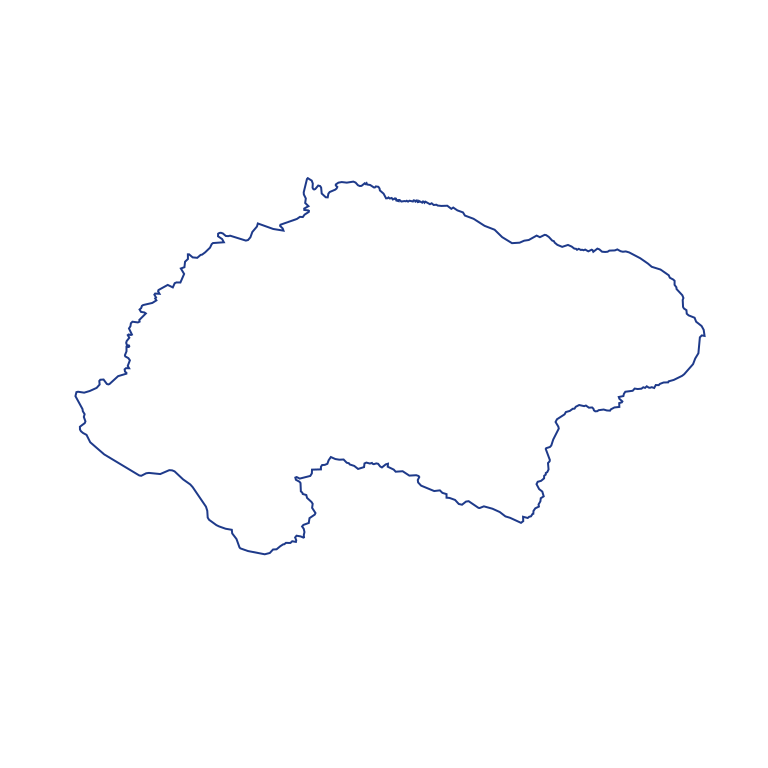 Na Haeo, Loei, Thailand, rotated 288°
{"feature_id": "78962969B63665191802101", "entity_name": "Na Haeo", "entity_type": "district", "adm_level": 2, "iso_a3": "THA", "parent_name": "Thailand", "parent_adm1": "Loei", "projection": "equal_earth", "projection_center": [100.996, 17.436], "detail": "fine", "context": "isolated", "style": "outline", "palette": "blue", "viewbox_px": 768, "rotation_deg": 288, "n_neighbors": 0, "source": "geoboundaries", "source_scale": "gbopen_adm2", "svg_char_len": 6163}
<svg xmlns="http://www.w3.org/2000/svg" viewBox="0 0 768 768"><g transform="rotate(288 384 384)"><path d="M185.2,323.2L188.0,327.6L192.3,329.6L193.6,332.9L197.7,335.5L200.4,337.7L200.8,338.7L202.6,339.8L203.9,344.1L206.1,345.3L206.6,349.0L208.3,348.8L210.6,346.9L212.7,347.7L213.3,351.9L213.0,354.8L213.5,355.3L215.4,354.4L218.6,354.1L221.5,352.4L223.2,350.1L225.1,350.9L228.6,355.4L233.4,354.6L238.4,358.5L240.1,358.7L244.0,353.9L248.0,353.2L249.4,351.5L251.9,346.0L254.4,344.4L254.3,340.7L255.4,339.9L256.2,338.1L264.0,335.2L264.9,333.9L265.7,329.8L267.6,328.6L268.5,329.7L268.0,333.1L273.8,342.3L276.7,343.0L280.3,342.0L283.3,350.4L285.8,349.6L287.8,350.2L288.8,352.7L290.6,354.8L294.3,354.9L298.1,356.0L297.6,360.9L298.2,364.9L299.7,368.9L297.6,372.9L297.8,375.0L296.9,376.3L296.9,381.0L295.2,385.6L298.8,390.7L302.4,390.0L303.8,391.5L304.0,395.2L305.2,396.9L304.6,397.8L304.6,399.1L306.1,401.2L306.3,403.1L304.4,405.8L304.0,407.8L308.1,410.5L309.4,412.4L306.5,413.1L305.6,419.7L304.2,422.2L306.8,428.7L304.7,436.4L307.2,442.8L307.2,445.3L306.4,446.3L303.1,445.8L300.9,446.9L298.8,450.7L297.7,464.8L300.1,470.0L298.5,473.2L298.6,477.5L295.2,478.6L295.9,481.6L295.7,487.4L293.0,492.2L293.3,495.5L297.5,498.3L298.7,500.7L295.4,512.1L295.6,513.3L298.5,516.8L298.9,525.7L298.0,533.7L295.6,540.4L295.7,545.2L294.3,557.2L296.6,558.8L300.7,557.3L301.0,562.1L302.6,563.1L303.6,564.7L306.3,565.4L306.7,566.1L309.5,565.4L312.5,566.3L315.3,569.2L317.2,568.2L320.7,569.0L323.8,568.4L326.5,570.6L330.6,567.8L332.0,564.0L335.9,560.0L338.5,560.4L340.4,563.3L343.7,565.4L346.2,564.7L347.8,565.8L349.4,565.4L350.6,566.5L353.6,566.9L359.5,564.4L361.6,565.4L363.0,565.2L372.2,557.9L373.1,558.1L375.4,561.3L377.2,562.1L383.5,562.1L395.6,564.0L397.3,563.0L400.9,558.9L403.9,559.4L410.9,565.1L413.5,565.6L415.8,569.0L418.8,571.2L419.4,572.8L421.6,573.4L424.3,576.1L424.8,581.2L425.9,582.7L424.8,586.2L426.0,589.2L425.2,590.8L423.8,591.8L423.3,593.4L424.1,595.3L425.4,596.2L427.6,600.8L427.7,604.1L428.5,607.2L430.0,607.6L432.9,610.4L434.9,614.9L438.5,613.6L440.1,615.9L441.1,616.1L442.7,612.4L444.2,611.3L446.5,615.4L448.8,615.2L451.2,615.9L454.4,622.6L457.1,623.8L457.6,626.8L459.1,630.3L461.0,631.6L461.0,633.5L463.0,634.6L462.4,636.8L462.6,638.1L463.7,639.6L463.7,642.2L467.0,642.8L467.8,645.6L469.4,646.4L471.8,649.4L473.4,653.8L474.5,653.9L477.4,658.3L483.9,665.0L486.1,666.5L498.4,671.8L504.4,672.1L510.4,673.5L526.0,670.0L528.4,671.2L528.8,674.0L534.3,671.3L537.3,668.1L539.7,661.6L543.0,658.9L543.4,652.5L544.4,650.2L547.7,648.8L548.5,645.9L549.7,644.6L556.3,642.1L558.3,642.2L560.6,640.3L564.7,632.9L566.3,632.2L568.1,629.7L571.9,628.5L572.7,626.9L573.4,623.0L575.4,621.2L578.3,611.6L578.2,602.4L580.1,597.8L582.8,588.8L584.9,576.5L584.8,573.0L583.6,570.3L583.4,568.0L584.1,564.3L582.4,562.3L580.5,557.1L578.9,555.8L577.9,553.5L577.2,550.5L578.6,547.2L578.7,545.1L574.4,542.2L575.8,540.9L575.9,540.0L573.3,537.3L574.0,533.8L572.9,532.5L572.9,530.8L572.3,529.9L572.7,527.4L571.3,526.1L571.9,524.9L571.6,523.1L572.7,520.0L573.1,516.0L569.5,511.1L569.9,505.9L571.2,502.6L572.3,501.5L572.4,499.6L574.8,495.3L575.7,492.2L575.5,490.7L571.8,486.9L572.3,483.3L565.7,477.2L563.6,473.0L560.3,469.3L557.5,462.2L560.2,451.0L564.9,441.5L565.5,430.8L568.8,418.1L569.2,408.9L571.6,406.1L571.8,400.1L573.2,395.3L571.4,393.9L573.1,389.1L571.1,383.6L570.3,379.9L570.7,378.5L569.6,375.9L570.6,373.5L569.2,372.1L570.2,367.1L568.9,366.5L569.7,365.6L569.7,364.7L568.3,364.3L568.9,360.7L567.9,360.8L567.4,359.9L568.7,358.5L567.2,357.5L568.0,356.6L567.8,355.4L566.5,355.1L566.2,351.6L564.9,350.5L565.3,349.0L564.5,348.3L564.3,346.9L562.9,344.1L563.8,342.0L563.3,340.7L562.4,341.2L562.3,339.0L563.8,338.2L563.4,337.5L563.9,337.0L562.2,335.4L563.3,333.8L562.2,332.2L562.8,330.6L561.8,330.0L561.2,328.6L564.9,324.8L566.8,320.3L568.6,319.3L569.8,317.7L569.4,315.2L568.1,314.6L567.8,313.7L569.0,309.3L568.5,306.3L569.7,305.3L568.4,304.5L568.9,303.6L565.5,301.4L564.8,299.8L565.0,297.8L566.8,294.7L567.0,292.3L564.0,286.4L563.0,281.4L561.4,278.4L558.9,276.5L557.9,276.8L557.0,278.7L555.3,278.5L553.8,277.6L549.8,273.0L547.8,272.3L544.1,272.8L543.6,270.9L545.9,265.9L551.4,263.5L552.5,262.1L552.4,260.1L548.2,258.4L547.4,257.4L547.5,256.6L548.6,255.4L552.7,254.3L555.1,252.4L556.2,247.9L555.1,247.4L541.5,248.4L539.5,249.2L536.3,252.3L531.8,253.1L529.8,257.2L526.2,253.9L524.9,254.4L525.7,258.3L525.5,259.1L524.4,259.3L520.5,256.1L517.7,255.2L517.0,252.4L514.1,250.2L503.5,236.3L502.3,236.3L500.6,239.6L498.8,241.0L497.2,230.7L497.7,214.4L494.5,214.5L487.9,211.8L482.2,211.6L478.9,210.2L477.7,208.3L477.5,191.8L476.5,190.2L475.9,187.8L477.4,184.2L477.4,182.1L476.8,180.8L475.7,179.8L473.2,180.5L471.8,185.3L469.3,187.9L465.2,177.8L463.8,176.9L459.9,176.4L453.9,173.2L450.8,171.0L450.1,169.7L446.3,167.4L445.3,162.9L447.1,158.5L446.7,157.4L442.3,158.9L438.8,157.0L433.4,158.1L431.1,155.1L426.9,159.9L417.6,159.0L416.5,155.3L415.2,153.8L410.6,153.3L411.4,147.7L403.7,140.5L402.4,140.5L400.4,142.6L399.3,138.4L398.0,138.0L395.8,140.5L394.7,139.9L393.2,141.7L389.5,138.6L384.7,130.6L383.5,129.6L381.1,129.6L379.3,128.5L377.5,130.6L378.0,134.0L377.5,135.7L369.3,131.5L367.8,132.3L366.5,130.9L365.5,125.5L363.5,124.5L360.6,125.0L358.0,124.3L353.1,129.0L352.4,128.2L352.2,125.8L351.3,125.2L349.3,127.5L345.3,126.0L343.4,126.1L341.6,127.5L341.8,129.6L341.1,130.1L340.3,129.8L339.8,127.6L335.5,129.0L331.3,128.7L330.3,129.4L329.6,132.9L328.0,135.0L322.0,134.7L320.2,136.7L319.3,133.7L317.8,132.8L315.8,133.8L315.0,135.6L314.2,135.8L309.3,128.7L299.1,122.9L298.4,121.9L298.4,120.4L301.6,115.9L300.4,112.9L298.9,112.3L295.6,113.7L291.5,111.9L286.4,106.3L283.1,101.5L282.1,95.4L281.2,94.0L277.1,94.3L267.0,105.0L265.0,106.0L262.8,108.6L259.9,108.7L256.2,111.6L254.4,111.5L249.4,108.0L246.8,108.9L245.4,110.4L244.4,112.9L243.7,116.8L237.8,122.6L230.6,139.6L221.4,179.5L221.7,181.5L225.6,185.4L226.8,187.9L229.2,199.0L235.7,206.4L236.4,209.2L236.2,211.8L231.2,222.4L228.6,230.8L226.8,233.9L212.3,252.6L208.8,255.1L202.5,257.6L200.8,259.6L198.0,268.2L197.6,271.1L197.4,278.1L198.3,284.3L195.0,285.8L191.0,291.6L183.9,297.1L183.3,298.2L183.1,306.2L185.2,323.2Z" fill="none" stroke="#1e3a8a" stroke-width="2"/></g></svg>